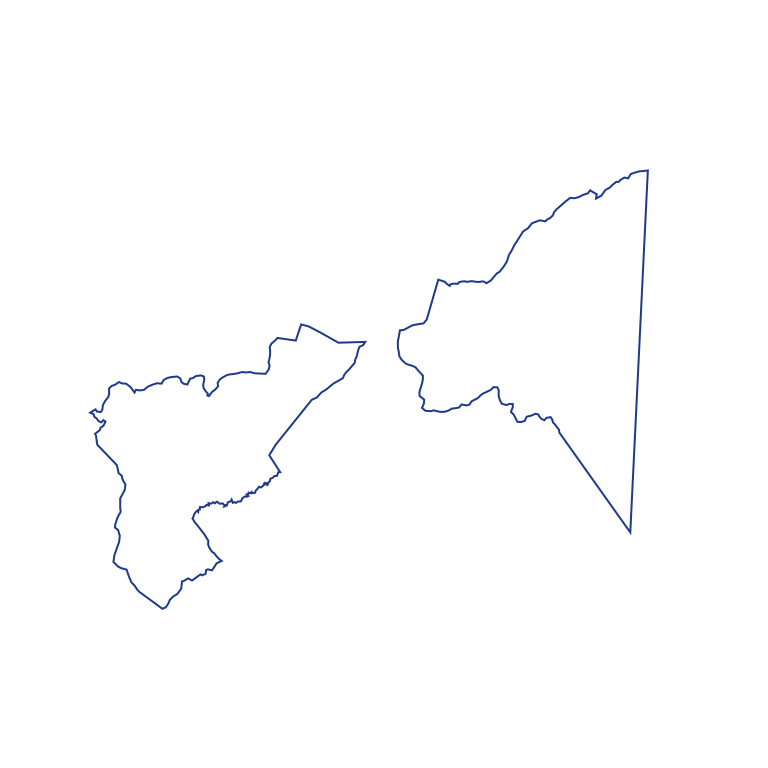 the district of Wabag District, Enga, Papua New Guinea, rotated 105°
{"feature_id": "67681753B54237044330512", "entity_name": "Wabag District", "entity_type": "district", "adm_level": 2, "iso_a3": "PNG", "parent_name": "Papua New Guinea", "parent_adm1": "Enga", "projection": "orthographic", "projection_center": [143.621, -5.349], "detail": "fine", "context": "isolated", "style": "outline", "palette": "blue", "viewbox_px": 768, "rotation_deg": 105, "n_neighbors": 0, "source": "geoboundaries", "source_scale": "gbopen_adm2", "svg_char_len": 4871}
<svg xmlns="http://www.w3.org/2000/svg" viewBox="0 0 768 768"><g transform="rotate(105 384 384)"><path d="M109.5,184.4L112.8,193.0L115.9,198.0L117.4,200.0L122.1,201.4L122.4,205.3L125.9,208.6L128.0,209.5L128.6,212.0L132.5,214.8L135.9,216.8L139.2,220.3L145.7,222.7L150.0,227.2L145.6,227.7L144.8,230.9L143.6,235.1L147.0,236.4L149.6,240.4L153.1,244.4L155.2,247.8L156.0,252.3L161.2,256.3L165.8,259.3L170.7,262.6L174.1,264.2L177.4,264.5L180.9,266.7L182.2,268.4L185.1,270.3L185.6,276.0L188.0,279.3L190.5,282.7L196.3,285.3L200.6,289.1L206.7,291.0L211.5,292.5L216.3,294.1L222.8,295.4L226.8,296.7L234.1,297.0L239.9,298.9L245.9,301.5L247.9,303.6L256.4,307.6L260.1,311.1L259.3,313.9L259.4,315.6L260.5,317.8L261.1,319.5L261.7,323.2L261.8,325.4L262.7,327.8L263.7,329.6L263.9,332.5L264.5,334.4L266.0,337.6L268.2,338.7L268.6,341.0L269.4,343.8L270.7,345.7L272.2,345.9L270.6,350.2L269.5,351.6L269.4,353.5L269.3,355.8L269.2,358.6L310.7,359.4L315.2,361.5L317.0,365.6L319.9,371.7L324.1,376.2L326.8,379.1L328.0,382.5L332.8,382.1L335.3,381.9L338.8,381.7L341.1,381.2L345.4,379.9L349.3,378.0L353.3,376.3L356.2,373.0L358.6,368.4L359.0,365.8L359.1,361.4L359.7,357.9L362.0,354.7L364.0,351.5L365.9,348.6L369.9,347.6L374.1,347.4L378.6,347.6L382.8,347.7L386.4,346.5L388.7,341.1L392.8,340.4L397.2,341.1L399.2,337.0L398.0,331.3L396.6,329.3L396.5,326.0L396.4,322.7L395.2,318.3L393.0,314.9L390.1,311.9L389.0,308.9L387.2,305.3L383.7,303.8L383.3,298.7L381.7,296.0L378.3,295.1L376.3,293.0L373.2,289.6L369.6,287.6L367.4,285.7L365.2,283.0L362.3,279.6L358.7,277.4L357.9,273.7L360.4,271.6L364.7,270.5L367.0,269.5L370.1,267.5L372.6,265.0L372.6,260.2L370.8,257.7L370.0,254.5L373.0,253.6L378.1,254.2L380.0,250.8L386.0,245.4L385.3,241.9L383.3,238.6L378.7,237.7L376.4,233.5L373.7,230.2L373.4,227.1L375.1,225.7L376.9,223.0L377.5,219.8L374.6,218.2L372.9,214.5L374.6,212.5L377.4,210.8L378.9,208.2L380.9,205.8L382.8,203.2L385.6,202.0L463.6,107.7L109.5,184.4ZM348.2,413.0L355.9,438.7L350.8,458.5L347.9,471.5L347.9,479.4L364.9,480.5L367.1,498.9L369.3,499.9L374.2,503.2L377.9,504.0L381.5,502.5L385.2,501.6L389.1,501.2L392.9,501.2L395.7,499.3L399.6,499.1L404.8,501.0L405.9,506.0L407.1,511.7L407.1,516.6L408.5,520.1L409.2,524.3L411.5,528.1L413.4,532.3L414.5,535.1L415.9,537.9L419.2,541.4L422.1,543.7L425.8,545.0L429.2,543.7L433.4,545.8L436.1,548.0L441.0,550.0L440.8,551.7L438.9,551.7L436.9,554.7L434.5,557.3L431.5,558.5L426.4,558.7L423.4,559.9L423.1,563.1L425.0,567.7L427.8,570.1L429.0,572.6L435.4,573.8L435.6,577.6L434.6,580.0L431.3,582.3L430.3,585.8L432.3,591.1L434.1,594.6L437.2,597.9L441.2,598.9L442.1,603.6L444.8,607.8L447.7,611.4L451.9,614.5L453.4,618.2L453.8,622.1L456.8,622.8L452.7,627.8L451.6,630.4L450.4,633.2L451.3,637.2L450.7,640.5L454.3,643.6L456.4,646.6L459.4,648.4L464.5,647.0L467.8,646.9L472.2,648.8L477.0,650.1L481.8,649.4L484.3,650.2L484.9,654.1L483.2,656.1L487.7,660.3L488.3,656.7L490.8,655.1L491.6,652.7L493.8,650.0L494.2,647.1L491.5,645.7L492.5,643.3L496.9,644.2L499.7,646.5L502.3,646.7L506.9,650.2L508.5,648.8L516.8,645.3L531.4,621.2L535.4,618.9L538.7,617.4L540.6,613.4L543.2,612.3L545.2,610.6L548.1,607.7L553.7,607.0L562.7,609.2L569.8,607.3L572.1,606.7L575.7,605.2L579.8,606.4L583.5,607.0L586.3,607.1L589.6,607.2L592.3,606.7L593.8,603.1L599.1,599.9L605.0,599.0L619.0,600.1L625.9,599.3L629.2,593.5L629.9,590.3L629.9,584.6L635.9,580.6L640.9,576.7L643.5,572.4L646.3,569.4L648.0,566.8L658.5,539.8L658.2,539.6L656.3,537.1L652.2,535.6L647.7,534.9L643.7,532.5L640.4,529.3L634.2,526.9L626.9,528.0L625.8,526.1L622.5,522.9L623.5,518.6L619.5,515.3L615.4,512.0L615.9,510.2L613.6,507.2L609.6,507.6L608.6,506.1L608.6,502.0L604.4,500.5L600.5,499.3L596.9,495.0L595.6,498.2L593.4,501.6L591.4,504.2L590.6,506.7L587.1,510.6L584.2,512.5L581.0,513.0L578.3,515.9L575.3,519.1L572.0,523.5L570.0,526.1L566.5,531.0L563.4,534.2L561.6,533.7L559.9,533.7L557.4,533.2L555.8,532.4L554.7,531.6L555.6,530.4L553.4,530.6L553.0,529.4L550.5,529.9L549.8,527.0L548.1,524.7L546.7,524.2L546.6,521.6L544.5,522.7L544.3,519.9L542.4,518.4L543.0,516.4L540.9,514.9L542.2,511.7L541.0,509.0L542.2,507.3L542.0,506.0L543.5,506.4L542.0,504.3L538.7,504.2L537.2,502.0L535.0,501.3L536.8,500.1L537.9,499.3L536.7,497.8L537.2,496.3L535.3,494.6L534.4,491.8L530.8,491.1L528.5,489.2L528.5,487.6L527.3,486.0L526.2,487.9L525.7,486.8L523.9,486.7L524.3,485.0L522.5,483.9L523.6,483.2L523.2,482.2L522.4,480.4L520.2,480.3L517.6,478.9L515.5,478.0L515.8,476.1L513.6,474.4L510.9,473.9L511.7,473.0L510.2,472.5L510.2,471.2L511.7,470.6L511.3,470.2L509.0,470.2L507.3,469.0L505.1,469.3L503.3,467.1L501.3,466.1L500.4,463.6L498.4,463.4L496.5,463.2L496.0,461.5L482.5,476.4L470.4,472.8L417.8,449.6L414.6,445.5L408.4,442.3L405.1,439.1L402.5,437.1L399.6,435.1L396.2,432.6L392.9,429.1L388.9,425.2L385.6,424.8L382.1,423.4L379.0,421.5L373.5,418.9L371.3,417.8L367.9,418.1L363.9,417.5L358.3,417.7L354.4,417.3L351.8,414.2L348.2,413.0Z" fill="none" stroke="#1e3a8a" stroke-width="2"/></g></svg>